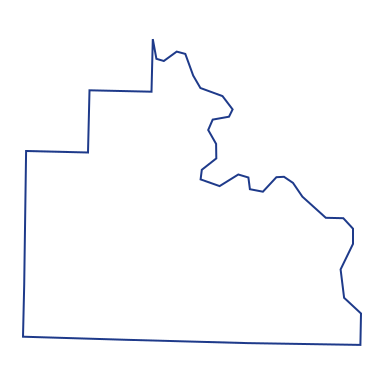 the district of Stone, Arkansas, United States of America
{"feature_id": "52423323B17641695203494", "entity_name": "Stone", "entity_type": "district", "adm_level": 2, "iso_a3": "USA", "parent_name": "United States of America", "parent_adm1": "Arkansas", "projection": "orthographic", "projection_center": [-92.07, 35.919], "detail": "fine", "context": "isolated", "style": "outline", "palette": "blue", "viewbox_px": 384, "rotation_deg": 0, "n_neighbors": 0, "source": "geoboundaries", "source_scale": "gbopen_adm2", "svg_char_len": 616}
<svg xmlns="http://www.w3.org/2000/svg" viewBox="0 0 384 384"><path d="M360.4,344.9L361.0,313.5L344.1,297.8L340.6,269.4L353.0,243.9L353.0,228.7L343.3,218.2L325.8,217.8L302.4,196.7L293.0,182.9L284.0,176.8L276.4,177.2L262.9,191.7L249.9,189.2L248.4,177.5L238.3,174.5L219.6,186.1L200.6,179.4L201.8,169.8L216.3,158.4L216.1,143.9L208.2,130.0L212.7,119.6L229.0,116.7L232.6,109.4L222.5,96.1L200.4,88.0L193.2,75.6L185.3,53.9L176.7,51.6L163.8,61.0L156.4,58.8L152.8,39.1L151.5,91.7L89.5,90.3L88.0,152.5L26.1,151.0L24.2,284.9L23.0,336.7L126.3,339.8L247.3,343.1L360.4,344.9Z" fill="none" stroke="#1e3a8a" stroke-width="2"/></svg>